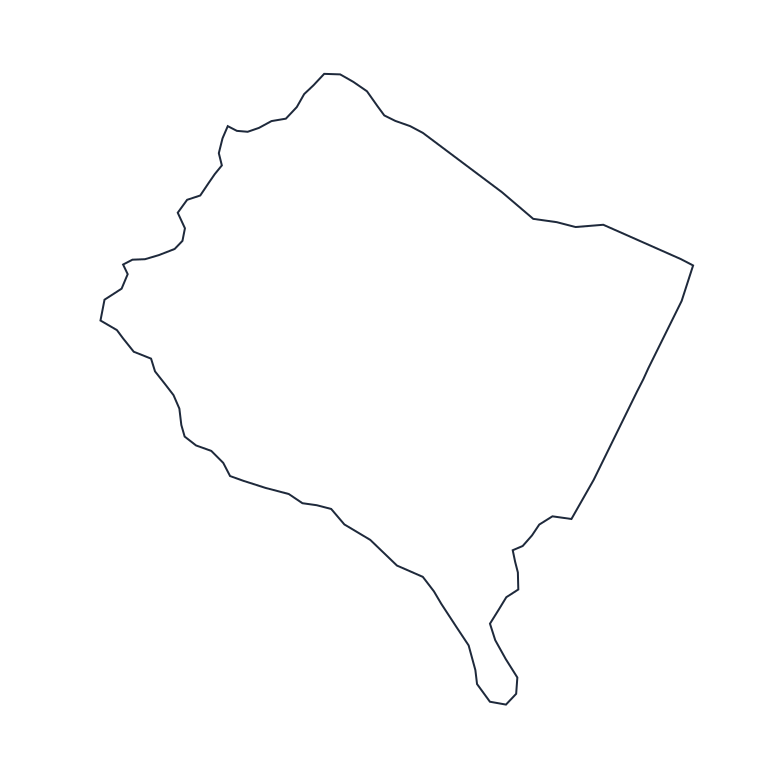 the district of Campo Grande, Alagoas, Brazil, rotated 278°
{"feature_id": "56859067B11440381309792", "entity_name": "Campo Grande", "entity_type": "district", "adm_level": 2, "iso_a3": "BRA", "parent_name": "Brazil", "parent_adm1": "Alagoas", "projection": "mercator", "projection_center": [-36.753, -9.965], "detail": "fine", "context": "isolated", "style": "outline", "palette": "slate", "viewbox_px": 768, "rotation_deg": 278, "n_neighbors": 0, "source": "geoboundaries", "source_scale": "gbopen_adm2", "svg_char_len": 1336}
<svg xmlns="http://www.w3.org/2000/svg" viewBox="0 0 768 768"><g transform="rotate(278 384 384)"><path d="M638.1,387.5L643.0,374.0L646.1,358.6L650.0,346.9L658.3,338.8L671.5,326.4L678.9,311.6L684.5,297.5L682.8,281.6L670.0,272.6L660.0,264.6L646.1,259.1L633.1,249.9L628.7,236.0L620.2,224.5L614.8,213.9L614.2,203.1L617.6,193.4L604.8,189.9L589.6,188.3L577.9,193.0L568.3,187.2L558.3,182.2L545.1,175.8L539.0,163.4L524.9,155.9L510.5,165.2L497.7,164.5L488.6,157.9L480.3,143.1L474.3,129.9L472.1,117.6L466.0,109.0L457.1,114.9L441.9,110.9L428.6,95.5L407.4,94.4L400.2,112.0L392.8,119.3L381.1,131.7L376.7,149.8L364.6,155.5L353.9,166.7L343.7,177.1L331.1,184.8L315.2,189.0L304.2,193.9L297.0,206.4L293.7,222.3L283.5,235.8L271.4,244.4L268.5,258.5L264.6,281.2L261.8,305.0L254.6,319.8L254.6,334.3L252.9,349.1L239.4,364.3L227.7,392.1L206.0,422.1L198.4,449.3L185.6,462.3L174.3,471.3L153.6,489.4L136.9,504.2L113.4,514.3L99.8,517.9L84.1,533.1L83.5,549.4L95.6,558.0L111.9,556.9L128.6,542.8L145.8,529.8L161.4,522.3L176.7,529.1L189.9,534.8L199.2,545.6L216.0,542.8L226.2,538.6L237.3,534.6L242.9,543.9L254.6,551.6L266.4,557.3L276.4,569.2L276.4,588.4L318.3,605.0L411.7,635.6L424.7,640.1L436.5,643.6L507.7,667.2L544.4,673.6L549.0,660.6L572.2,579.0L566.1,551.8L568.3,532.6L568.3,508.8L590.3,474.2L638.1,387.5Z" fill="none" stroke="#1e293b" stroke-width="2"/></g></svg>